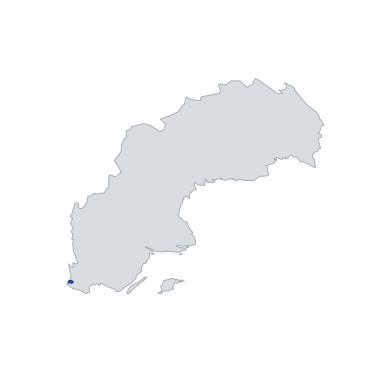 Malmö, Skåne, Sweden shown in context, rotated 26°
{"feature_id": "70781695B15028769687560", "entity_name": "Malmö", "entity_type": "district", "adm_level": 2, "iso_a3": "SWE", "parent_name": "Sweden", "parent_adm1": "Skåne", "projection": "natural_earth1", "projection_center": [13.073, 55.586], "detail": "fine", "context": "in_parent", "style": "filled", "palette": "blue", "viewbox_px": 384, "rotation_deg": 26, "n_neighbors": 0, "source": "geoboundaries", "source_scale": "gbopen_adm2", "svg_char_len": 4071}
<svg xmlns="http://www.w3.org/2000/svg" viewBox="0 0 384 384"><g transform="rotate(26 192 192)"><path d="M95.6,253.3L96.9,256.0L99.7,255.6L100.8,253.7L102.2,248.1L100.4,241.8L102.9,239.6L104.5,236.2L108.3,235.2L113.4,231.2L113.9,227.1L115.0,224.1L110.7,215.0L110.4,212.7L116.9,211.6L119.7,205.6L115.2,201.7L108.3,198.0L110.7,186.5L107.7,180.3L108.1,177.7L107.7,173.7L109.4,172.0L106.0,166.2L109.4,162.1L108.8,160.0L118.4,151.9L124.8,150.4L136.6,151.6L139.3,148.4L139.4,146.7L138.3,142.6L131.7,140.3L138.8,133.0L144.4,126.0L145.4,119.1L146.7,116.2L145.2,109.6L152.8,108.8L159.5,106.1L158.5,102.5L173.2,91.4L173.6,89.4L172.5,87.5L168.9,84.1L169.8,82.6L173.8,81.7L175.7,80.2L178.5,75.0L186.5,71.0L195.5,73.7L199.2,69.1L198.8,62.7L202.0,62.1L226.0,66.1L229.9,63.7L225.8,62.5L229.7,60.0L230.8,58.4L231.1,56.6L230.9,55.6L227.5,53.3L235.0,53.0L239.2,54.0L239.6,55.4L256.1,62.9L269.1,65.9L272.9,68.0L274.3,70.3L276.4,70.5L278.9,72.6L281.4,73.9L279.5,75.4L279.7,78.9L280.4,80.5L279.4,83.5L283.6,84.2L284.4,86.0L282.2,87.9L282.6,89.9L288.3,96.2L287.1,98.2L286.8,100.8L284.4,102.7L284.2,104.6L284.7,107.1L285.6,108.4L288.0,109.2L292.3,116.0L288.3,116.4L285.2,115.5L278.1,116.4L276.3,117.4L270.7,114.7L267.6,116.2L265.4,114.8L263.8,117.1L263.5,120.1L260.9,119.8L261.9,121.0L258.4,121.4L258.2,121.8L259.0,122.6L258.0,123.5L253.1,123.8L252.6,124.8L254.0,126.0L254.0,126.7L250.9,125.6L253.1,127.8L253.6,129.4L247.2,135.8L249.5,137.4L251.4,141.0L253.5,142.7L252.7,144.3L246.0,148.4L242.4,154.6L233.9,158.7L229.4,159.7L226.5,162.7L223.0,161.8L223.0,163.5L220.8,162.4L219.0,165.0L216.0,167.3L212.5,166.9L212.2,167.2L213.2,167.9L209.3,168.5L208.2,170.8L205.3,171.4L204.8,172.1L207.8,172.3L207.3,174.2L203.9,175.1L202.7,176.3L201.2,176.3L201.5,175.4L199.3,175.4L198.5,174.3L198.1,174.6L199.7,177.7L198.6,178.9L200.8,180.1L194.7,183.2L191.0,182.0L190.5,182.9L191.4,185.5L194.6,187.6L192.7,189.0L190.8,195.1L192.3,198.8L188.0,198.0L188.4,199.4L187.0,201.0L187.6,203.4L187.3,205.0L188.3,206.4L187.7,207.1L188.5,213.8L189.8,216.6L189.4,218.9L191.2,220.2L194.9,220.4L196.0,222.3L200.7,221.2L204.1,225.0L210.5,228.1L210.3,230.2L214.3,231.7L216.8,234.6L217.8,236.9L217.5,238.4L211.3,242.4L206.6,245.0L201.6,246.6L201.8,247.3L204.3,247.5L210.3,245.6L212.1,247.3L208.9,248.1L208.3,250.4L206.9,251.8L193.7,257.1L191.9,258.7L186.0,261.3L175.3,261.1L173.7,261.7L183.0,262.7L185.2,264.7L180.8,265.9L182.8,270.5L181.7,271.6L181.8,276.7L180.2,276.8L179.5,278.9L180.4,284.0L181.2,285.5L180.9,286.9L178.4,290.4L179.4,294.6L176.6,302.1L173.4,306.5L171.0,312.4L168.2,314.5L164.9,313.2L159.9,314.0L151.0,313.7L149.8,314.3L150.5,316.4L147.3,316.1L141.6,320.7L141.5,322.9L143.8,327.2L141.0,330.0L134.9,329.3L126.9,331.0L119.7,329.7L120.6,328.2L121.1,322.5L112.9,311.0L116.7,312.2L118.3,311.6L115.9,307.8L119.2,307.6L120.3,306.2L119.7,304.1L116.9,303.1L114.6,299.7L112.1,298.0L107.7,291.2L106.1,286.6L104.6,287.0L103.3,281.7L101.0,280.9L100.5,275.5L98.0,275.0L96.4,272.5L96.1,267.9L93.2,267.3L93.6,265.0L92.6,256.9L91.7,254.3L92.5,252.5L94.1,252.3L95.6,253.3ZM220.6,278.4L219.3,278.9L218.5,280.4L216.4,281.1L216.2,285.8L218.1,287.6L216.2,288.4L214.8,290.9L211.3,292.6L209.8,294.2L209.1,296.5L206.0,297.7L208.2,294.2L205.1,290.3L205.8,288.9L205.4,284.3L211.8,278.5L214.8,277.8L216.2,278.5L216.7,277.1L217.7,276.8L220.6,278.4ZM179.7,311.0L178.1,312.0L177.6,310.6L177.7,305.1L181.1,298.6L182.7,298.1L186.9,289.3L187.4,288.7L188.9,289.3L187.8,290.1L187.9,291.6L185.2,296.3L184.6,299.4L183.6,300.1L179.7,311.0ZM221.8,276.6L221.6,277.9L219.9,276.8L221.4,275.4L224.6,275.8L221.8,276.6ZM213.3,243.0L211.3,245.0L210.9,244.2L211.3,243.2L213.3,243.0ZM209.1,253.5L208.0,253.6L208.7,252.3L210.1,251.9L209.1,253.5Z" fill="#d9dde1" stroke="#a8b0b8" stroke-width="1"/><path d="M123.8,326.6L123.8,326.4L124.0,326.2L124.2,325.9L124.4,325.7L124.5,325.2L124.4,325.0L123.9,324.9L123.5,324.8L123.2,324.6L122.9,324.5L122.4,324.7L121.6,324.9L120.9,325.3L120.4,325.9L120.2,326.5L120.3,327.1L120.5,327.4L121.3,327.0L121.9,327.0L122.3,327.0L123.2,326.8L123.8,326.6L123.8,326.6Z" fill="#3b82f6" stroke="#1e3a8a" stroke-width="1.5"/></g></svg>